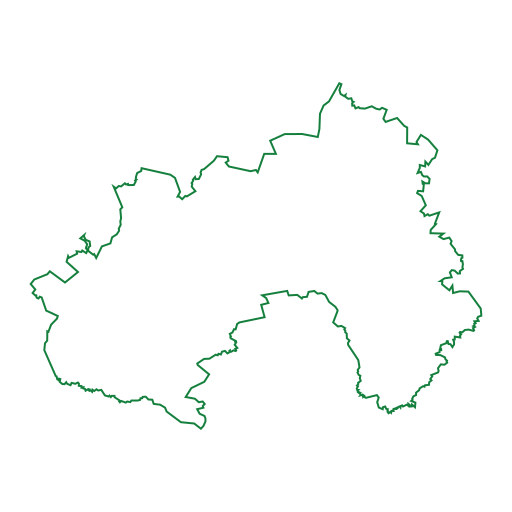 Zaubes pag., Amatas, Latvia
{"feature_id": "27541924B54710700451151", "entity_name": "Zaubes pag.", "entity_type": "district", "adm_level": 2, "iso_a3": "LVA", "parent_name": "Latvia", "parent_adm1": "Amatas", "projection": "orthographic", "projection_center": [25.326, 56.996], "detail": "fine", "context": "isolated", "style": "outline", "palette": "green", "viewbox_px": 512, "rotation_deg": 0, "n_neighbors": 0, "source": "geoboundaries", "source_scale": "gbopen_adm2", "svg_char_len": 6037}
<svg xmlns="http://www.w3.org/2000/svg" viewBox="0 0 512 512"><path d="M358.6,392.7L361.0,394.6L360.5,395.3L362.3,394.7L362.9,396.4L363.4,395.2L364.5,396.1L364.1,397.0L366.1,397.8L376.9,395.1L378.7,397.6L377.2,402.2L378.8,407.5L382.7,409.2L383.0,407.2L385.2,406.5L386.1,408.7L387.7,409.2L387.3,409.9L388.0,411.0L387.5,411.8L388.6,413.2L390.2,412.0L391.1,412.8L391.5,410.9L393.6,411.0L393.3,409.2L393.8,408.8L396.5,409.0L397.1,408.5L396.0,408.1L399.7,406.4L400.4,407.4L400.6,406.0L402.2,405.4L403.0,406.5L406.8,404.7L408.2,405.7L408.3,403.8L409.9,405.2L409.1,405.6L409.4,406.6L411.9,406.4L412.0,404.6L415.0,407.2L415.4,402.6L411.2,401.0L412.6,399.8L412.2,398.8L413.4,396.3L416.1,395.0L416.1,392.6L419.2,390.1L419.6,388.4L423.1,386.2L424.5,386.7L425.0,385.3L429.0,384.8L429.2,382.2L431.5,380.4L430.3,379.0L432.2,376.4L431.3,375.1L438.1,372.4L438.6,371.0L438.0,368.2L440.8,364.4L444.5,364.7L447.2,362.6L446.6,361.2L447.0,360.6L445.5,359.4L445.0,357.4L440.4,355.1L436.0,354.9L435.7,353.7L439.6,352.1L439.7,350.0L441.2,350.1L441.1,349.0L440.1,348.9L440.9,345.2L446.3,343.2L446.8,341.2L447.7,341.1L448.5,344.0L450.5,344.2L452.4,347.1L454.0,344.5L454.1,342.1L453.2,339.7L454.7,339.5L454.8,336.6L460.3,337.5L460.0,335.3L461.1,334.4L459.6,332.7L460.1,332.0L462.3,332.3L464.9,330.0L468.6,329.6L473.5,330.9L474.1,330.3L473.0,328.1L474.9,327.0L473.4,326.1L474.5,325.6L474.2,323.7L475.6,323.2L474.4,321.3L478.6,320.9L477.2,318.4L478.1,316.8L481.3,315.7L481.2,313.8L480.7,308.5L468.4,291.6L459.7,291.3L453.1,293.0L452.4,285.6L449.4,290.3L442.1,284.4L442.3,281.2L440.4,281.1L444.6,278.3L451.7,277.3L449.9,272.4L451.8,270.1L454.6,270.6L457.8,273.6L460.0,273.4L459.8,271.1L463.0,268.9L462.4,267.4L462.9,264.3L462.4,261.1L461.1,261.1L460.9,260.0L461.4,258.1L462.4,257.7L462.3,255.4L458.2,254.9L455.1,251.1L455.0,249.4L450.6,243.8L451.6,241.1L449.3,237.6L443.5,239.1L439.3,236.7L443.4,233.6L430.5,233.2L430.7,229.9L436.0,224.1L434.9,223.8L439.2,212.4L429.3,215.7L427.8,214.2L424.5,216.1L424.0,213.6L420.5,211.2L425.8,205.3L421.7,196.0L417.1,193.1L418.0,190.9L423.1,191.3L423.8,184.8L422.7,183.8L422.4,181.5L425.3,183.3L429.0,183.3L429.6,178.9L427.1,176.4L424.0,176.5L422.3,175.2L420.9,171.9L417.6,173.0L419.8,167.9L419.8,165.0L425.1,166.4L425.4,161.6L428.4,164.9L432.1,159.2L435.0,157.7L437.4,150.3L428.1,139.6L420.9,134.9L416.5,142.0L417.9,144.3L407.1,143.3L407.2,127.5L404.1,125.8L397.1,118.0L385.6,121.9L383.4,118.8L386.7,109.8L382.0,107.8L379.7,109.5L376.1,108.7L371.8,106.3L364.9,108.6L359.6,108.2L358.6,107.1L355.5,108.4L354.2,105.4L352.3,105.7L352.1,103.3L353.6,101.9L352.3,101.3L351.3,98.3L348.2,98.8L345.1,96.5L345.5,94.9L344.0,96.0L340.6,94.0L339.4,90.0L341.4,84.2L339.3,83.3L329.0,101.4L323.6,105.5L320.0,113.7L319.4,129.0L317.8,137.0L302.1,134.0L284.7,134.1L270.2,140.7L275.9,153.9L264.2,153.9L257.7,172.4L255.9,170.0L250.6,171.2L228.9,166.5L225.7,162.6L228.5,160.7L227.6,157.2L217.0,156.2L213.9,160.7L204.1,169.1L201.6,169.9L200.6,172.4L201.1,174.4L198.8,179.0L195.7,179.2L195.0,177.0L192.8,179.8L193.2,180.7L191.6,183.1L192.3,184.0L191.7,186.6L195.4,191.2L186.9,196.4L185.4,195.9L182.2,199.2L179.1,196.5L177.6,196.6L180.1,191.9L175.0,177.9L170.4,174.7L141.6,168.2L141.2,171.0L137.2,173.0L136.0,176.7L135.8,179.1L136.5,179.6L135.1,180.5L135.7,181.5L133.8,185.0L128.2,185.1L128.0,183.9L126.1,184.5L124.9,183.3L121.1,186.4L118.8,186.0L116.0,188.4L113.7,186.7L122.3,207.3L120.3,209.4L121.1,218.2L120.3,221.4L120.7,224.8L118.8,228.6L119.1,230.7L116.7,234.4L112.1,237.3L110.4,243.4L101.9,246.4L96.2,258.0L94.2,254.1L93.2,254.7L88.5,251.1L88.1,249.5L88.7,247.1L90.2,246.0L89.6,241.4L85.7,239.8L83.8,236.1L84.2,235.0L80.3,238.4L84.7,240.7L87.2,244.3L85.9,248.1L87.6,250.4L86.2,253.1L82.3,250.5L81.4,252.0L76.6,251.3L77.1,253.7L69.0,257.8L68.1,256.1L66.6,261.8L78.0,272.0L65.0,282.5L49.8,271.3L47.4,274.2L34.3,279.5L30.7,284.0L35.3,289.5L32.6,293.0L35.1,295.3L37.1,295.3L36.0,295.7L36.7,297.7L38.5,298.5L39.8,296.7L41.7,297.5L46.2,310.6L57.8,316.0L57.0,318.6L51.1,324.7L48.4,331.8L47.3,331.3L47.2,340.6L45.0,343.3L44.3,350.1L55.7,376.0L56.6,376.4L57.2,379.2L58.5,380.1L58.9,378.7L60.3,379.0L59.7,381.8L62.3,384.0L64.5,384.2L66.2,382.2L67.0,383.7L70.5,385.2L71.6,382.9L75.4,383.8L77.9,382.5L78.9,383.6L78.8,385.8L81.5,386.1L81.5,387.7L83.5,387.2L83.3,388.4L85.1,389.0L85.6,390.7L88.2,389.1L89.4,389.4L88.9,390.4L89.3,390.8L90.2,390.1L92.1,391.8L92.5,389.7L94.2,391.0L96.5,389.3L98.2,390.5L101.3,389.9L104.9,395.4L108.7,396.5L109.5,395.6L110.8,397.1L111.7,395.9L114.5,395.9L114.6,397.2L120.2,400.9L119.3,401.6L119.9,402.3L121.3,401.0L125.8,402.6L127.2,401.5L130.3,402.1L131.4,400.5L137.8,400.5L140.1,399.9L140.5,398.2L142.2,398.2L142.7,396.9L145.7,396.7L148.4,399.5L152.3,399.7L153.7,403.9L160.1,404.7L165.0,407.6L166.6,411.5L180.9,422.2L194.2,423.5L200.9,428.7L203.5,425.9L205.5,421.3L205.4,418.3L204.5,416.0L199.6,413.7L197.2,409.2L203.4,407.7L202.8,405.9L204.7,404.0L202.7,401.5L198.8,402.2L194.9,398.7L185.7,397.0L191.3,388.1L204.3,381.8L209.1,374.3L197.7,365.0L197.3,363.5L204.1,358.9L209.4,358.7L215.7,354.7L217.7,355.3L218.5,353.8L220.9,354.5L222.0,351.7L225.0,350.9L227.4,353.4L229.6,352.2L229.4,350.8L229.9,350.5L229.9,351.6L231.3,351.7L233.4,350.4L235.8,351.0L236.2,350.3L235.3,348.8L237.3,347.9L234.7,344.8L235.7,343.3L235.3,342.2L236.2,342.0L236.0,341.1L230.7,338.3L230.3,337.1L230.9,336.5L229.8,333.9L232.5,332.4L234.0,329.2L235.6,329.4L237.2,323.9L239.5,322.4L264.6,317.2L261.2,304.8L268.4,303.0L266.2,298.1L262.2,295.3L287.2,290.9L288.7,295.4L297.3,294.9L301.9,298.5L302.7,297.2L307.0,296.8L308.6,291.9L314.3,291.0L317.5,293.6L321.6,293.1L325.3,294.9L329.1,301.9L335.4,306.8L337.4,309.9L337.6,310.8L333.2,322.4L337.9,326.5L341.4,325.9L345.1,328.1L344.3,329.5L345.3,330.7L345.2,332.2L346.7,333.6L346.9,338.3L349.5,340.5L348.0,343.0L348.1,344.8L358.3,360.1L359.5,367.4L357.7,369.9L358.2,371.5L357.5,372.4L358.7,374.9L360.3,375.7L359.8,378.3L360.7,380.9L358.1,382.8L358.3,383.9L357.0,385.6L358.0,386.2L356.8,388.5L357.2,389.9L358.3,390.0L357.5,390.8L357.8,391.6L359.5,392.4L358.6,392.7Z" fill="none" stroke="#15803d" stroke-width="2"/></svg>